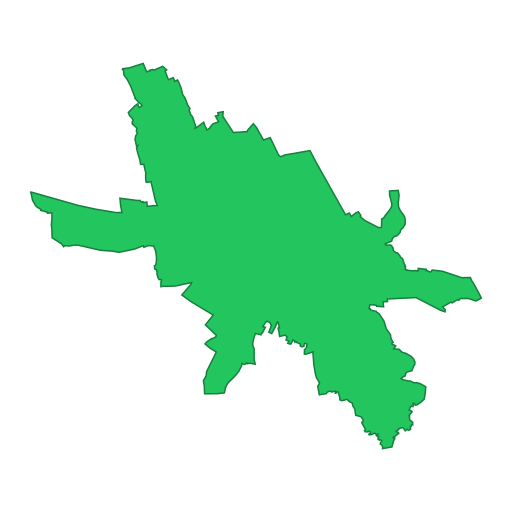 outline of Iasi, Iasi, Romania
{"feature_id": "2599482B38113668882079", "entity_name": "Iasi", "entity_type": "district", "adm_level": 2, "iso_a3": "ROU", "parent_name": "Romania", "parent_adm1": "Iasi", "projection": "equal_earth", "projection_center": [27.601, 47.156], "detail": "fine", "context": "isolated", "style": "filled", "palette": "green", "viewbox_px": 512, "rotation_deg": 0, "n_neighbors": 0, "source": "geoboundaries", "source_scale": "gbopen_adm2", "svg_char_len": 6079}
<svg xmlns="http://www.w3.org/2000/svg" viewBox="0 0 512 512"><path d="M223.2,111.7L217.8,112.7L218.5,115.3L215.4,116.0L218.6,121.8L213.0,123.8L210.1,127.1L210.1,127.7L207.4,129.7L206.5,129.8L206.2,127.9L205.2,126.6L203.7,122.2L196.7,127.5L195.2,128.1L195.8,126.8L193.1,118.2L192.0,116.0L190.5,114.3L189.7,111.6L189.0,110.8L190.0,108.6L187.7,105.1L185.2,98.3L182.5,94.2L181.2,88.2L178.5,81.7L177.5,80.0L174.8,81.4L173.2,77.6L168.8,79.6L168.0,78.8L165.1,70.9L166.7,69.9L162.7,66.3L154.0,70.1L152.8,69.5L150.9,69.9L149.7,70.3L150.0,70.8L146.6,71.8L143.2,63.4L129.6,67.8L122.7,68.7L122.4,69.5L123.4,69.9L123.9,74.9L127.2,79.4L130.5,85.8L135.2,97.9L134.9,98.2L138.9,102.6L141.2,104.3L142.0,105.6L139.4,107.5L138.6,106.6L137.7,103.8L134.8,105.9L128.3,112.5L129.6,115.7L131.6,117.7L133.2,120.1L132.1,122.1L132.7,123.2L132.2,123.8L136.7,127.9L136.4,131.5L137.4,133.4L135.8,135.6L135.0,139.4L136.5,145.9L137.8,145.5L136.5,148.0L137.8,153.3L139.9,160.0L140.6,164.4L143.8,164.3L145.9,173.7L145.6,174.5L145.7,179.4L146.2,182.4L151.0,181.7L155.7,202.1L156.2,202.4L157.3,205.6L153.4,205.6L147.2,206.4L146.9,202.0L143.2,202.5L143.1,201.7L141.2,201.7L140.2,201.0L140.1,200.4L136.7,200.4L119.9,198.2L120.6,205.4L121.9,212.4L116.2,212.6L95.2,209.1L78.2,205.4L30.9,192.0L30.7,192.9L31.1,193.1L32.5,200.2L35.5,205.6L37.5,207.4L41.1,209.5L40.7,210.4L47.3,212.1L47.2,212.6L47.8,212.7L47.8,213.2L51.9,212.8L51.9,218.6L51.3,225.3L51.8,227.8L52.1,237.8L61.5,243.8L63.6,246.7L64.7,245.7L69.2,246.0L74.4,245.1L78.6,245.3L100.6,250.3L112.6,251.2L119.2,252.3L134.5,249.1L143.3,245.7L143.8,247.3L148.3,245.6L153.7,246.0L155.7,251.3L156.5,257.0L156.3,262.2L155.8,264.4L154.9,265.8L154.5,265.8L154.6,268.3L154.8,269.1L156.5,269.7L157.1,272.6L156.9,273.8L158.1,278.0L159.0,279.6L161.3,279.6L161.4,281.1L160.9,282.0L160.9,286.7L163.0,286.3L175.0,286.1L191.6,282.6L191.0,284.2L181.8,295.0L191.9,302.2L213.2,315.0L205.4,324.9L216.3,335.3L215.9,336.8L211.9,338.9L211.6,338.6L207.1,341.6L205.0,343.9L210.3,348.4L216.3,352.0L207.0,370.7L206.4,372.4L206.3,375.5L203.4,380.7L204.3,386.3L204.6,393.8L217.6,393.7L224.4,392.9L225.3,388.3L226.6,385.1L228.8,382.1L234.7,376.4L238.9,371.2L241.8,365.4L241.8,363.5L244.8,364.5L246.7,362.9L247.3,363.8L249.7,363.2L255.2,364.2L254.1,359.1L254.2,349.7L253.9,348.0L253.0,346.2L252.7,343.4L253.6,339.1L255.4,333.5L261.0,334.8L261.6,333.1L262.4,333.0L265.3,327.3L262.8,326.6L266.3,321.5L266.9,321.2L269.9,322.6L270.9,324.7L271.5,325.1L268.8,332.2L271.7,333.6L275.6,326.4L276.7,323.1L277.5,321.9L278.0,322.2L279.5,327.8L278.4,327.8L278.1,328.8L278.9,331.2L279.6,336.5L285.2,335.1L287.0,337.0L286.0,340.0L288.8,341.1L287.7,343.3L289.0,343.8L290.9,344.1L293.0,340.0L294.7,341.1L294.8,342.1L295.7,341.5L296.5,341.9L296.5,342.4L299.9,343.8L300.3,344.2L300.3,346.0L302.0,346.9L303.9,346.3L304.2,344.2L304.9,343.3L306.7,343.9L306.9,344.6L306.4,347.7L304.5,349.7L304.3,354.0L305.5,354.3L313.1,351.9L312.9,352.9L313.9,365.2L315.2,372.9L316.4,377.7L319.6,383.0L317.7,386.2L319.3,394.8L326.5,393.6L326.9,392.4L329.5,391.2L330.6,391.2L331.3,392.0L335.4,391.2L335.3,393.2L336.1,393.2L336.7,392.0L337.8,391.8L338.6,393.4L340.0,398.7L339.8,399.8L341.2,400.6L343.5,400.4L346.6,399.4L348.7,400.6L348.6,401.0L349.1,401.5L352.2,403.0L352.9,406.1L354.7,408.9L355.7,415.3L361.0,416.7L363.0,419.6L363.1,421.6L362.0,422.0L361.8,422.9L365.5,429.4L365.3,430.1L364.5,430.5L365.2,431.8L367.9,431.9L369.1,431.2L369.8,431.5L370.5,433.3L368.8,434.2L369.2,434.9L372.2,434.5L374.2,433.2L375.2,433.4L376.1,434.4L377.5,434.3L376.3,435.3L376.9,436.0L378.6,436.4L378.1,437.5L378.1,439.3L378.9,439.2L379.3,440.2L379.9,439.8L380.8,440.0L381.8,441.0L380.5,442.7L380.3,443.9L382.1,445.4L382.7,447.4L382.5,448.6L391.9,447.0L393.3,441.9L394.4,438.8L394.6,438.9L394.7,437.8L393.1,437.6L393.2,437.2L394.4,436.9L398.2,433.6L398.7,433.6L398.5,432.5L396.8,431.9L396.0,431.3L396.2,431.1L398.6,429.7L398.6,428.8L402.4,427.6L403.4,428.2L405.2,430.8L407.1,429.2L408.3,430.2L409.8,429.9L410.6,429.3L410.3,426.9L411.3,426.2L411.4,424.9L412.7,424.9L412.7,422.2L410.0,420.1L409.5,418.6L409.5,415.6L409.2,415.4L412.1,411.8L411.7,411.1L409.1,410.0L410.8,406.3L413.0,406.6L413.3,405.0L412.9,403.5L414.5,403.4L415.2,405.2L417.2,404.8L421.0,402.2L424.2,399.2L425.3,393.0L425.8,386.8L420.4,383.7L416.4,382.6L414.2,382.8L409.8,380.9L407.8,381.1L407.1,380.6L402.8,379.7L401.0,378.5L402.1,377.9L402.4,377.2L405.2,376.0L405.6,373.5L406.9,372.1L411.9,370.7L413.7,366.2L414.8,364.5L415.0,362.1L413.6,359.0L411.8,356.9L409.8,355.5L405.8,353.3L402.2,352.3L399.2,349.3L393.7,348.9L395.7,345.8L391.9,344.0L392.0,343.0L393.1,342.4L391.5,339.7L390.7,337.0L390.5,334.7L386.3,328.8L383.9,320.9L379.1,313.6L376.4,312.0L376.2,311.3L372.6,310.6L369.9,309.4L370.0,308.7L369.1,308.6L369.9,304.7L373.3,305.0L373.6,304.6L376.4,305.5L376.7,306.3L383.6,306.8L383.1,302.9L383.3,301.8L387.6,301.6L387.3,299.0L416.0,297.6L441.0,310.5L445.0,311.8L445.3,309.7L442.5,307.0L450.8,302.2L452.2,302.9L457.4,299.7L458.9,300.3L460.2,298.6L461.1,298.5L468.3,298.5L475.9,301.0L481.3,298.2L480.2,295.7L474.2,284.5L471.6,280.5L470.4,277.5L461.8,277.7L442.7,271.3L432.1,270.0L431.1,271.7L430.1,272.0L427.3,270.7L426.1,270.6L426.3,269.3L418.2,268.4L418.0,271.0L414.8,270.5L413.7,270.9L406.6,270.2L406.6,269.7L405.3,269.6L405.5,266.6L404.9,266.5L405.1,265.1L404.5,264.6L402.5,258.6L400.4,257.1L400.1,256.1L397.5,252.9L395.9,252.7L393.4,250.6L393.0,247.9L391.3,245.4L390.5,245.0L386.5,245.1L385.3,244.5L385.0,243.9L391.7,241.1L392.2,238.9L393.9,236.8L396.7,235.9L398.4,234.5L400.3,232.1L400.6,229.8L402.8,228.1L405.2,224.1L405.2,219.9L404.9,217.7L403.7,215.3L400.3,210.6L398.6,206.9L398.3,202.9L399.1,195.2L398.2,190.4L389.5,191.0L389.6,195.3L391.7,203.3L391.7,206.3L390.1,209.3L384.9,215.9L383.8,217.8L381.7,219.0L381.5,226.6L381.0,227.5L378.6,227.6L365.0,220.6L360.3,216.7L360.8,216.0L360.6,215.0L358.3,211.8L356.1,212.7L351.3,216.5L349.3,213.0L345.5,214.7L315.9,161.9L310.0,150.6L284.5,155.0L280.7,156.8L278.6,155.1L270.2,137.6L263.5,140.0L256.5,127.5L253.3,123.7L247.7,130.1L247.1,131.6L233.3,132.5L222.8,116.3L223.2,111.7Z" fill="#22c55e" stroke="#15803d" stroke-width="1.5"/></svg>